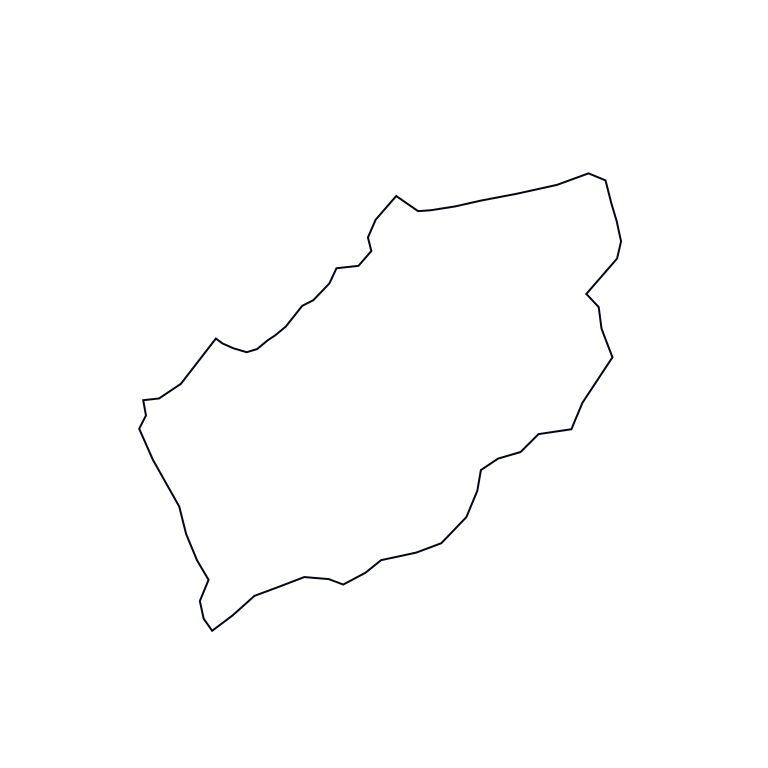 Eksjö, Jönköping, Sweden (Mercator projection), rotated 311°
{"feature_id": "70781695B54746446562471", "entity_name": "Eksjö", "entity_type": "district", "adm_level": 2, "iso_a3": "SWE", "parent_name": "Sweden", "parent_adm1": "Jönköping", "projection": "mercator", "projection_center": [15.234, 57.651], "detail": "fine", "context": "isolated", "style": "outline", "palette": "ink", "viewbox_px": 768, "rotation_deg": 311, "n_neighbors": 0, "source": "geoboundaries", "source_scale": "gbopen_adm2", "svg_char_len": 991}
<svg xmlns="http://www.w3.org/2000/svg" viewBox="0 0 768 768"><g transform="rotate(311 384 384)"><path d="M681.2,420.2L683.0,417.6L677.1,400.1L647.9,384.0L614.3,359.1L586.5,337.2L564.6,321.1L545.6,305.1L536.8,296.3L533.9,270.0L533.9,269.9L502.6,269.9L484.1,275.7L476.0,287.2L456.4,287.2L440.2,272.2L424.1,276.8L401.0,275.7L389.4,271.0L362.9,272.2L349.0,269.9L340.9,267.6L327.1,265.3L317.9,259.5L312.1,246.8L308.6,235.3L308.0,227.3L250.9,230.6L225.5,223.7L213.8,212.9L204.1,225.0L189.6,228.6L175.2,259.3L166.2,284.5L157.2,309.8L140.9,333.2L128.3,358.5L121.1,380.1L99.4,387.4L88.6,401.8L85.0,416.2L110.3,421.6L134.2,424.6L139.1,425.2L159.0,436.1L186.0,450.5L200.5,470.3L205.9,484.8L229.3,493.8L249.2,497.4L278.0,519.0L301.5,531.7L337.6,533.5L364.6,524.5L382.6,513.6L402.5,519.0L422.3,531.7L447.6,533.5L472.8,555.1L499.9,546.1L554.0,538.9L568.5,511.8L582.9,495.6L584.7,477.6L631.6,477.6L647.1,469.4L659.6,452.7L669.8,436.6L681.2,420.2Z" fill="none" stroke="#020617" stroke-width="2"/></g></svg>